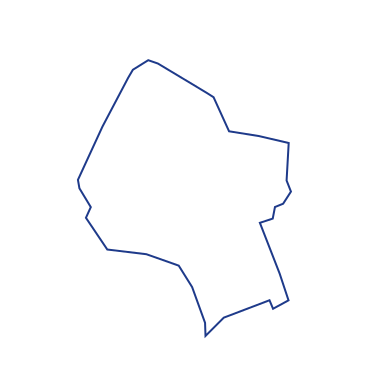 outline of Casey, Kentucky, United States of America, rotated 158°
{"feature_id": "52423323B59242222872461", "entity_name": "Casey", "entity_type": "district", "adm_level": 2, "iso_a3": "USA", "parent_name": "United States of America", "parent_adm1": "Kentucky", "projection": "equal_earth", "projection_center": [-84.951, 37.325], "detail": "fine", "context": "isolated", "style": "outline", "palette": "blue", "viewbox_px": 384, "rotation_deg": 158, "n_neighbors": 0, "source": "geoboundaries", "source_scale": "gbopen_adm2", "svg_char_len": 542}
<svg xmlns="http://www.w3.org/2000/svg" viewBox="0 0 384 384"><g transform="rotate(158 192 192)"><path d="M127.1,137.1L120.7,147.0L111.9,147.0L100.1,155.3L100.0,167.2L84.0,201.2L109.0,218.8L134.9,234.4L136.5,271.8L141.3,278.5L175.5,323.9L183.2,330.6L201.0,327.5L208.3,321.9L250.5,286.2L293.2,246.0L295.0,237.6L291.5,215.9L300.0,207.8L292.1,170.4L257.6,151.4L231.9,128.7L227.5,103.8L228.9,65.8L233.4,53.5L209.6,63.6L160.7,62.6L160.6,53.4L143.1,55.4L141.3,83.4L140.6,138.0L127.1,137.1Z" fill="none" stroke="#1e3a8a" stroke-width="2"/></g></svg>